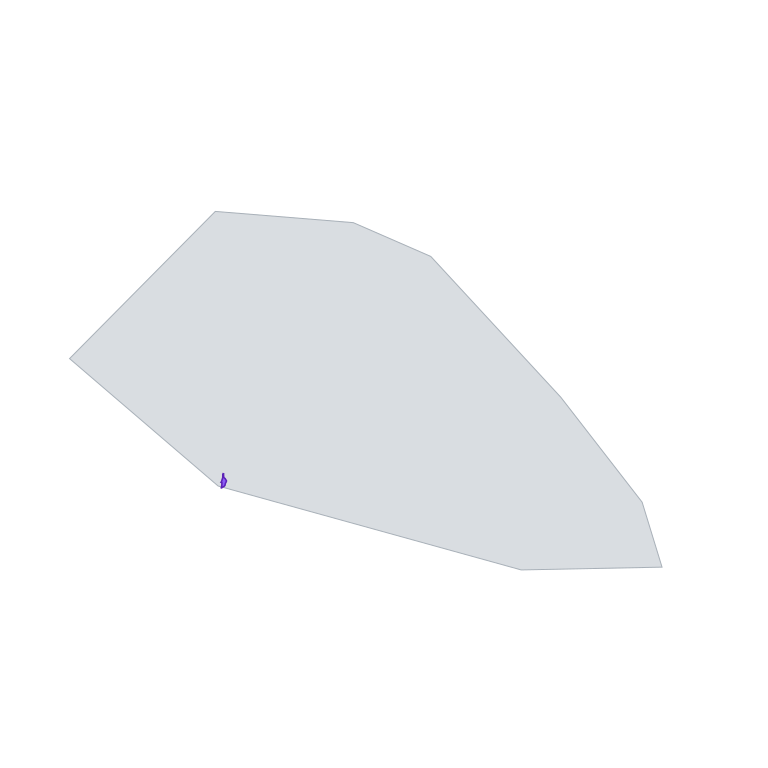 New Village, Micoud, Saint Lucia (highlighted), rotated 103°
{"feature_id": "8701671B10053189367937", "entity_name": "New Village", "entity_type": "district", "adm_level": 2, "iso_a3": "LCA", "parent_name": "Saint Lucia", "parent_adm1": "Micoud", "projection": "orthographic", "projection_center": [-60.897, 13.825], "detail": "fine", "context": "in_parent", "style": "filled", "palette": "violet", "viewbox_px": 768, "rotation_deg": 103, "n_neighbors": 0, "source": "geoboundaries", "source_scale": "gbopen_adm2", "svg_char_len": 1684}
<svg xmlns="http://www.w3.org/2000/svg" viewBox="0 0 768 768"><g transform="rotate(103 384 384)"><path d="M520.7,522.7L430.0,696.1L253.8,587.2L233.7,450.2L249.2,367.1L357.1,208.8L441.1,105.9L499.9,71.9L534.3,208.5L520.7,522.7Z" fill="#d9dde1" stroke="#a8b0b8" stroke-width="1"/><path d="M516.4,520.7L516.4,520.4L516.4,520.2L516.4,519.9L516.5,519.8L516.6,519.7L516.8,519.7L517.0,519.7L517.3,519.6L517.5,519.5L517.8,519.6L518.0,519.5L518.1,519.4L518.3,519.4L518.5,519.4L518.8,519.3L519.0,519.3L519.3,519.2L519.5,519.2L519.7,519.3L519.8,519.3L519.9,519.2L520.0,519.2L520.3,519.2L520.5,519.2L520.9,519.2L521.0,519.2L521.3,519.3L521.5,519.3L521.8,519.3L521.9,519.2L521.8,518.9L521.7,518.8L521.7,518.7L521.4,518.6L521.2,518.5L521.1,518.4L520.9,518.3L520.9,518.2L520.7,518.0L520.7,517.9L520.5,517.7L520.4,517.6L520.3,517.4L520.2,517.3L520.2,517.2L519.9,516.9L519.7,516.8L519.6,516.7L519.4,516.6L519.2,516.5L519.0,516.4L518.9,516.4L518.7,516.3L518.7,516.2L518.4,516.1L518.2,516.1L517.9,516.1L517.7,516.2L517.3,516.2L517.2,516.2L516.9,516.2L516.6,516.2L516.4,516.2L516.2,516.1L515.9,516.0L515.7,515.9L515.4,515.8L515.2,515.8L514.9,515.8L514.7,515.8L514.4,515.8L514.2,515.8L514.1,515.7L513.9,515.6L513.5,515.9L512.5,516.9L511.9,517.5L511.4,518.5L511.1,518.9L510.8,519.1L510.4,519.3L509.5,519.6L508.7,519.8L508.2,520.0L507.6,520.0L507.5,520.6L507.9,520.7L508.3,520.8L509.9,520.4L511.1,520.2L511.4,520.1L511.5,520.1L511.8,520.1L512.0,520.1L512.3,520.1L512.5,520.2L512.8,520.2L513.0,520.2L513.3,520.2L513.6,520.3L513.8,520.3L514.0,520.3L514.1,520.2L514.4,520.3L514.6,520.3L514.8,520.3L515.1,520.3L515.3,520.4L515.9,520.5L516.4,520.7Z" fill="#8b5cf6" stroke="#5b21b6" stroke-width="1.5"/></g></svg>